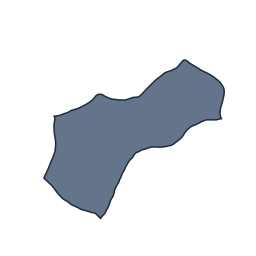 Keren, Anseba, Eritrea, rotated 133°
{"feature_id": "51966322B84678224414542", "entity_name": "Keren", "entity_type": "district", "adm_level": 2, "iso_a3": "ERI", "parent_name": "Eritrea", "parent_adm1": "Anseba", "projection": "mercator", "projection_center": [38.411, 15.802], "detail": "fine", "context": "isolated", "style": "filled", "palette": "slate", "viewbox_px": 256, "rotation_deg": 133, "n_neighbors": 0, "source": "geoboundaries", "source_scale": "gbopen_adm2", "svg_char_len": 3064}
<svg xmlns="http://www.w3.org/2000/svg" viewBox="0 0 256 256"><g transform="rotate(133 128 128)"><path d="M222.4,116.2L221.3,113.3L220.9,111.8L220.2,109.7L219.9,107.7L219.3,106.4L218.6,105.0L217.9,103.6L216.0,100.1L214.7,97.1L213.7,95.7L213.0,94.3L212.7,93.5L212.7,92.6L212.7,91.3L212.8,90.3L212.8,88.5L212.9,86.4L211.1,86.7L208.5,86.7L206.1,86.7L204.2,87.3L200.8,88.2L198.5,88.9L196.5,89.7L192.7,91.4L190.3,92.0L188.7,92.2L186.9,93.0L184.9,93.9L184.1,94.5L182.2,95.7L181.5,95.9L178.9,96.7L175.7,97.4L173.4,97.9L171.3,99.1L169.3,99.4L167.9,100.2L166.3,100.6L165.0,101.2L163.3,101.6L161.1,102.1L159.4,102.7L157.7,103.3L155.4,103.8L153.6,104.2L153.0,104.4L151.0,104.6L149.6,104.8L147.9,104.5L146.6,104.6L145.2,104.8L143.7,105.3L141.8,105.4L139.8,105.0L138.4,104.2L137.0,103.6L135.4,103.4L133.1,102.0L131.6,101.0L127.1,98.7L124.8,96.7L123.6,95.6L122.6,94.5L121.8,93.4L119.5,90.8L118.4,89.9L116.3,88.1L114.8,87.0L113.2,86.0L111.1,84.5L109.0,83.8L106.4,83.4L103.5,82.9L101.5,82.5L99.9,82.4L98.2,82.3L95.9,82.5L93.9,83.0L91.8,83.3L89.0,83.4L87.2,83.3L85.6,83.1L84.3,82.9L82.8,82.4L80.5,81.3L76.7,79.7L72.7,78.3L70.0,77.0L68.4,76.0L67.5,75.2L66.8,74.4L66.0,73.4L64.8,72.2L62.7,69.9L61.5,68.7L60.4,68.1L59.1,67.3L57.5,66.0L56.9,67.5L56.2,68.6L55.8,69.3L55.2,70.1L54.5,70.8L53.1,71.9L51.4,73.1L50.4,73.8L47.5,75.2L44.3,76.9L41.7,78.4L40.2,79.3L39.0,79.9L38.0,80.7L36.8,81.6L35.9,82.3L35.3,82.9L34.5,83.8L33.8,84.8L33.1,86.3L32.7,87.9L32.1,90.3L31.8,92.2L31.8,94.7L32.0,96.7L32.2,100.2L33.0,104.1L33.6,106.8L34.5,109.4L35.1,111.3L35.9,114.4L36.5,117.4L37.3,121.4L37.9,124.1L38.5,127.1L38.6,128.8L38.7,130.2L38.8,130.8L38.9,131.5L39.1,132.3L39.6,132.9L40.0,133.3L40.7,133.6L41.8,133.7L42.7,133.7L44.0,133.7L45.7,133.6L48.0,133.4L49.4,133.4L50.0,133.5L50.9,133.6L51.7,133.8L54.3,134.7L56.6,135.7L59.5,137.2L60.6,137.9L61.3,138.2L62.1,138.5L62.8,138.7L63.9,138.9L65.6,139.1L70.5,139.9L72.3,140.2L74.8,140.5L79.3,140.7L81.8,140.8L84.5,140.9L88.0,141.0L92.1,141.0L94.1,141.0L96.5,141.2L97.3,141.3L98.3,141.7L99.5,142.7L100.5,143.6L101.4,144.5L102.1,145.0L103.2,145.7L106.3,147.3L108.1,148.4L108.8,148.8L109.9,149.6L111.1,150.9L111.8,151.7L113.6,153.7L115.0,155.7L116.3,157.5L116.7,158.0L117.6,159.1L117.9,159.6L119.1,162.3L119.9,164.5L120.6,166.8L121.0,168.8L121.2,169.6L121.4,170.1L121.9,170.9L122.5,171.6L123.1,172.2L124.0,172.9L124.7,173.1L125.6,173.3L126.3,173.4L126.8,173.4L129.5,173.2L131.9,173.2L134.9,173.6L140.3,175.1L144.2,176.5L147.5,177.8L149.8,179.0L152.4,180.6L154.3,181.7L156.1,182.1L156.7,182.2L158.7,183.1L161.5,184.7L163.9,185.8L165.8,186.9L166.5,187.4L169.8,190.0L170.2,188.9L170.9,188.0L171.8,187.2L172.7,186.6L174.2,185.7L177.0,183.6L179.3,181.2L181.7,178.8L183.9,176.0L187.0,172.0L190.2,168.9L192.2,167.5L193.9,166.2L196.0,164.9L197.7,164.2L199.4,163.4L202.7,162.2L205.4,161.3L208.9,159.9L212.5,158.5L216.5,157.2L219.3,156.4L222.1,155.2L222.0,151.8L222.1,148.4L222.1,145.3L222.5,141.1L223.5,136.2L223.9,132.7L224.2,128.6L224.1,126.6L223.7,124.8L223.4,123.5L222.9,120.7L222.9,118.7L222.4,116.2Z" fill="#64748b" stroke="#1e293b" stroke-width="1.5"/></g></svg>